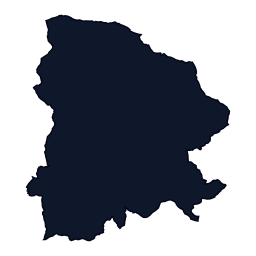 the district of Sant, Bistrita-Nasaud, Romania
{"feature_id": "2599482B92679946277373", "entity_name": "Sant", "entity_type": "district", "adm_level": 2, "iso_a3": "ROU", "parent_name": "Romania", "parent_adm1": "Bistrita-Nasaud", "projection": "equal_earth", "projection_center": [24.977, 47.501], "detail": "fine", "context": "isolated", "style": "filled", "palette": "ink", "viewbox_px": 256, "rotation_deg": 0, "n_neighbors": 0, "source": "geoboundaries", "source_scale": "gbopen_adm2", "svg_char_len": 5751}
<svg xmlns="http://www.w3.org/2000/svg" viewBox="0 0 256 256"><path d="M94.4,238.0L94.8,236.1L96.7,234.7L99.2,234.5L100.7,233.2L101.4,232.9L102.3,233.0L103.4,232.3L103.1,231.3L103.3,230.1L103.7,229.9L103.2,228.4L103.0,227.0L103.7,226.2L103.0,224.9L103.6,223.8L105.6,220.7L107.4,219.7L109.7,220.0L111.4,217.6L112.6,216.7L113.2,216.5L113.3,218.0L114.4,221.0L115.8,221.9L116.7,223.4L117.8,223.6L117.6,225.1L118.0,225.8L118.1,226.5L119.9,228.3L120.8,227.7L121.0,226.6L124.2,225.3L124.6,223.5L124.6,221.9L125.1,220.0L125.2,218.4L125.8,216.9L125.9,216.2L125.5,214.4L124.5,213.0L124.4,212.3L124.9,211.8L125.9,210.1L125.2,207.6L127.6,208.9L128.0,209.9L130.7,211.4L132.5,211.4L133.1,212.8L136.3,212.1L137.0,213.1L138.2,213.5L141.8,216.3L143.3,217.2L144.2,217.4L147.0,217.1L147.8,216.7L150.3,214.7L152.0,212.8L155.9,210.1L158.3,208.0L160.4,202.4L162.8,201.5L164.5,201.5L168.5,200.0L170.8,199.8L174.3,201.4L175.7,202.6L176.7,204.8L178.5,207.0L180.7,208.6L182.9,209.5L184.2,212.6L185.4,214.1L186.0,214.1L187.9,215.2L189.8,216.7L190.5,217.8L190.8,219.0L195.1,220.5L197.9,221.0L197.9,220.0L198.3,218.4L198.6,216.4L197.7,216.5L195.2,216.0L193.4,214.6L191.6,212.7L191.0,211.2L191.2,210.0L191.8,209.0L193.5,207.7L192.8,205.1L194.4,204.3L198.0,203.8L200.7,202.4L201.3,201.2L201.2,200.3L201.3,198.5L203.9,198.3L207.1,199.0L208.1,199.0L210.9,198.6L214.4,197.1L214.8,196.9L214.8,196.2L215.2,195.6L217.7,193.9L219.2,192.1L220.7,190.9L220.8,190.3L221.4,189.6L224.2,187.8L225.9,185.3L225.4,184.7L223.2,184.3L222.3,183.9L220.3,182.2L219.4,180.9L217.5,179.7L216.0,180.4L213.4,180.4L212.6,180.9L211.4,182.2L209.4,183.3L207.8,183.8L204.7,183.9L204.8,183.2L205.9,181.8L206.2,180.8L204.7,180.0L204.1,180.1L202.2,178.9L201.5,174.5L200.0,172.3L199.6,170.3L197.1,169.4L196.2,167.5L196.0,165.6L195.6,165.3L193.9,164.5L191.3,162.2L188.2,161.8L187.8,154.9L186.8,149.9L188.7,150.3L190.1,150.3L190.5,150.0L191.3,149.9L192.6,150.1L194.3,148.4L196.6,147.7L198.1,148.0L199.5,149.4L200.6,149.6L201.0,149.1L201.3,148.1L200.6,146.9L202.1,146.2L203.2,146.0L204.9,145.0L205.2,144.0L205.5,143.5L208.0,143.0L208.8,141.9L209.9,141.0L210.2,140.0L210.1,137.0L210.6,136.2L212.3,135.5L213.1,134.4L214.5,133.4L216.9,132.9L218.2,132.3L219.6,131.3L220.0,129.8L222.9,128.5L226.4,125.6L228.3,124.6L227.0,122.6L228.1,117.5L227.9,117.0L228.2,115.4L228.9,114.4L229.4,111.1L228.2,109.7L226.6,107.0L222.5,104.0L220.1,103.3L219.1,102.3L217.6,100.1L215.3,100.0L213.9,99.3L212.2,98.9L208.8,96.9L207.3,96.6L206.5,96.1L205.7,96.1L204.9,95.5L204.8,94.3L204.5,93.5L203.9,93.0L203.3,92.0L201.8,90.4L200.9,88.8L200.2,88.2L200.1,87.8L199.9,87.7L200.0,86.5L199.3,85.4L199.4,84.7L198.7,83.7L198.7,82.9L196.5,79.4L196.7,77.4L195.9,76.3L195.5,74.9L195.6,74.0L196.4,73.3L196.1,72.1L196.4,71.0L196.0,70.3L195.8,69.0L194.6,66.0L193.0,63.4L192.8,63.3L192.4,62.3L191.3,62.4L189.2,61.8L185.9,62.9L182.0,60.9L179.1,61.0L178.2,60.4L175.8,59.9L173.8,58.6L170.5,57.2L168.6,57.0L167.2,56.5L164.1,53.8L163.0,54.1L162.2,55.2L161.0,55.5L160.7,55.3L161.0,53.5L160.6,53.1L156.7,53.3L154.5,53.0L152.3,51.7L151.9,50.6L150.6,49.3L148.6,45.2L148.3,45.1L147.6,45.4L146.5,44.6L144.1,44.4L143.1,44.0L141.9,41.7L140.2,40.2L139.6,38.2L139.0,36.7L139.5,36.0L140.4,35.6L141.1,34.6L138.9,34.4L133.8,32.8L129.7,30.9L130.0,29.8L127.5,27.6L122.2,25.2L120.8,24.9L118.8,23.5L117.1,23.6L116.4,22.9L115.3,22.4L115.0,22.0L111.8,23.0L110.0,23.0L108.7,23.5L107.3,23.4L105.8,22.7L103.9,22.8L101.8,22.0L100.2,21.7L98.4,22.1L95.6,21.5L95.0,22.1L94.4,22.2L91.9,21.0L90.5,21.2L85.6,21.0L82.9,21.2L81.5,20.5L79.3,20.0L77.1,20.2L76.3,20.6L75.8,19.9L74.6,19.9L74.3,19.6L72.1,18.6L71.3,17.9L67.7,16.2L66.8,16.2L65.5,15.7L64.0,16.1L62.3,15.9L61.7,15.4L60.7,15.7L59.4,15.6L57.2,17.1L56.4,17.0L55.1,17.7L52.1,18.2L49.3,19.7L46.1,20.7L47.8,27.2L48.4,28.4L48.6,30.1L47.9,32.8L48.1,34.8L47.9,35.5L47.4,36.0L48.5,41.1L49.7,42.2L50.0,42.8L51.1,43.6L52.5,45.8L53.0,46.0L52.7,48.2L51.1,50.4L49.1,52.3L48.2,54.1L41.3,58.6L41.3,61.6L40.8,63.5L39.9,65.1L38.3,66.7L37.6,68.6L36.9,69.2L37.2,71.5L37.0,72.2L40.4,76.3L41.5,81.1L41.7,83.1L39.1,85.3L38.5,85.5L37.8,85.3L36.4,85.4L33.6,87.6L34.2,88.7L35.5,89.9L36.6,93.1L37.5,94.0L39.1,97.3L41.1,99.2L45.0,101.8L46.2,103.4L47.9,105.0L50.2,104.8L51.6,107.3L54.6,109.8L53.9,111.5L54.3,112.5L54.2,113.0L53.4,113.7L52.3,117.5L53.1,119.1L53.1,120.1L54.1,121.4L54.8,123.2L54.9,124.0L54.6,124.8L54.5,126.0L53.3,127.3L53.0,128.1L52.5,128.5L52.4,128.9L52.4,130.1L50.5,133.7L47.5,136.7L46.7,141.1L46.1,142.7L46.2,143.7L45.1,145.2L45.1,146.4L45.8,147.9L46.0,149.3L45.7,150.7L45.3,151.4L44.8,151.8L44.8,152.4L45.5,154.3L45.9,157.3L46.6,158.3L46.4,159.0L47.5,163.6L47.3,164.0L47.6,164.9L49.0,165.9L48.2,166.3L46.9,166.7L45.1,166.8L44.0,167.6L41.4,166.4L40.8,166.4L40.4,167.0L39.9,167.3L39.3,167.0L38.3,168.4L37.7,169.8L37.8,170.9L37.5,171.9L36.7,173.4L36.9,174.6L37.4,175.3L38.3,178.4L36.6,178.1L36.5,178.3L35.9,178.3L35.0,178.1L32.7,177.1L33.3,178.7L28.8,183.6L26.6,187.2L27.7,187.9L28.3,188.6L27.6,189.3L27.3,191.0L28.5,191.2L27.9,193.2L29.4,193.3L29.1,194.7L29.6,195.0L29.6,195.4L31.6,195.8L33.7,195.7L35.7,194.7L36.2,194.6L37.2,194.8L38.9,195.7L40.6,195.6L42.2,196.0L42.4,197.8L42.3,198.8L41.9,199.2L41.9,201.0L42.2,202.1L42.5,206.7L44.3,210.5L44.2,211.0L43.1,211.8L42.8,212.2L42.7,213.7L42.8,214.5L43.4,215.2L43.7,216.1L44.3,220.0L45.1,221.7L45.6,225.6L45.5,226.5L45.9,226.8L45.9,227.2L46.7,228.4L46.6,230.4L46.4,230.5L45.9,231.9L46.3,232.7L45.3,234.4L44.5,237.2L44.3,239.1L43.9,239.5L45.2,239.5L46.2,239.1L47.8,238.1L48.2,237.5L51.0,236.3L52.8,235.9L54.9,234.2L56.5,233.3L59.0,234.9L60.8,235.0L61.7,235.5L64.1,235.0L67.7,235.6L68.8,236.5L69.3,238.5L70.1,239.8L71.3,240.5L75.4,239.1L77.0,239.1L77.8,239.6L78.6,239.6L82.1,238.4L83.9,238.7L86.8,240.1L88.7,240.6L90.2,240.4L93.3,238.9L94.4,238.0Z" fill="#0f172a" stroke="#020617" stroke-width="1.5"/></svg>